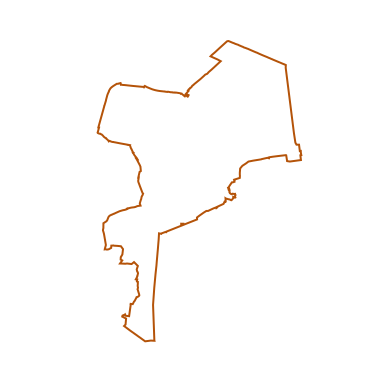 Nijkerk, Gelderland, Netherlands (Albers equal-area conic projection), rotated 99°
{"feature_id": "6326949B35923239833945", "entity_name": "Nijkerk", "entity_type": "district", "adm_level": 2, "iso_a3": "NLD", "parent_name": "Netherlands", "parent_adm1": "Gelderland", "projection": "albers", "projection_center": [5.5, 52.215], "detail": "fine", "context": "isolated", "style": "outline", "palette": "amber", "viewbox_px": 384, "rotation_deg": 99, "n_neighbors": 0, "source": "geoboundaries", "source_scale": "gbopen_adm2", "svg_char_len": 5709}
<svg xmlns="http://www.w3.org/2000/svg" viewBox="0 0 384 384"><g transform="rotate(99 192 192)"><path d="M51.9,119.2L50.1,126.6L49.5,129.0L48.5,133.1L48.3,133.7L48.2,134.4L47.8,135.7L47.5,137.1L47.0,138.9L46.0,143.2L45.8,143.9L45.7,144.4L45.4,145.5L45.0,147.1L44.2,149.8L44.1,150.5L43.1,154.5L42.2,157.9L41.8,159.4L41.7,160.2L41.4,161.4L41.1,163.4L40.7,164.4L40.4,165.9L40.0,167.3L39.9,168.0L39.4,169.4L38.9,172.5L38.7,173.0L38.5,173.8L38.2,175.4L37.3,179.0L37.2,179.8L37.6,180.8L37.7,181.0L45.9,187.6L50.6,191.3L53.5,193.8L55.1,194.9L56.2,190.9L57.1,187.5L58.3,184.1L67.9,191.7L71.0,194.3L72.8,195.4L74.0,197.3L75.5,198.4L79.2,201.4L83.8,205.5L85.0,206.6L86.4,207.6L86.5,207.9L86.7,208.1L87.5,208.6L88.0,208.7L89.8,210.0L89.7,210.2L90.3,210.6L91.2,211.3L91.3,211.2L92.5,211.9L92.8,211.3L96.1,213.4L96.3,212.4L96.9,210.5L97.8,210.8L98.4,211.1L98.2,211.5L98.3,211.6L97.3,213.3L98.6,214.0L98.2,214.6L98.3,214.7L97.6,215.8L96.6,217.6L96.5,218.2L96.7,218.4L96.6,218.5L96.4,218.4L96.3,220.0L96.3,221.4L96.3,223.1L96.4,224.3L96.5,224.3L96.6,225.3L96.7,226.2L96.7,226.7L96.6,226.8L96.8,228.7L96.7,231.5L97.0,231.9L97.1,234.4L97.0,234.5L97.0,234.9L97.1,235.5L97.3,239.7L97.3,241.7L97.2,243.8L97.1,244.9L96.8,247.2L96.2,249.9L95.6,252.3L95.6,252.5L94.6,255.2L95.1,255.6L95.6,255.5L96.1,255.8L95.8,256.2L96.5,267.0L96.9,275.1L97.1,277.2L97.1,278.5L97.2,279.0L96.2,279.3L95.6,279.6L96.3,281.3L96.4,281.5L96.5,281.5L96.8,282.5L96.9,283.2L99.6,286.3L100.8,287.5L101.6,288.2L102.5,288.8L103.9,289.4L105.5,289.9L105.8,289.8L107.7,290.4L109.6,290.8L114.4,291.3L115.2,291.3L120.3,292.0L120.8,292.2L121.1,292.1L142.9,294.6L142.9,293.9L148.2,294.5L148.5,294.2L148.7,293.5L148.9,292.7L148.9,292.3L148.8,291.7L149.1,291.3L149.2,290.8L149.2,290.6L149.4,290.0L149.7,289.7L149.9,289.3L150.5,288.5L151.1,287.9L151.4,287.4L152.0,286.3L152.3,285.7L152.3,285.2L152.9,284.8L153.2,284.2L154.2,282.8L154.5,282.5L155.0,282.1L154.8,281.9L154.4,281.7L154.4,281.3L154.8,280.0L155.0,278.7L155.0,278.0L154.9,277.4L155.0,276.9L155.0,276.5L155.0,276.1L155.0,275.8L155.2,270.7L155.4,261.4L155.5,261.5L155.5,260.7L156.4,260.1L157.6,259.6L159.2,258.5L159.2,258.4L161.8,256.7L162.0,256.7L162.1,256.8L162.4,256.6L162.1,256.3L162.3,256.0L162.5,256.2L164.4,254.9L166.8,252.3L167.2,252.8L168.0,252.1L168.1,251.8L167.8,251.4L168.8,250.5L169.3,251.0L173.6,247.8L175.0,246.9L179.3,245.8L179.8,246.3L180.3,246.9L186.1,247.3L186.0,246.9L189.5,246.9L190.6,246.5L193.2,245.0L193.6,244.8L193.8,244.7L195.7,243.6L199.7,241.3L201.0,240.5L201.1,240.3L201.2,240.1L201.6,240.2L202.3,240.2L202.6,240.3L204.5,241.0L207.1,241.1L207.8,241.3L211.4,241.8L211.7,241.7L213.5,240.7L214.2,243.0L214.5,243.8L215.7,245.7L215.8,246.1L216.1,246.7L216.8,249.2L217.2,250.3L218.2,252.6L218.1,252.8L218.6,253.6L219.0,253.4L219.7,254.6L220.2,255.7L220.9,257.6L222.3,260.5L224.7,264.2L224.9,264.5L225.6,265.4L225.7,265.8L227.0,267.7L227.1,268.1L227.5,268.5L227.8,269.0L228.2,269.5L228.7,269.9L229.2,270.3L229.7,270.5L230.3,270.7L233.1,271.3L233.7,271.6L234.4,272.0L234.6,272.3L235.9,273.7L236.7,274.6L240.8,274.0L241.4,273.9L243.5,274.0L243.9,273.9L246.2,272.8L247.4,272.3L252.4,270.6L252.8,270.4L253.3,270.3L257.7,268.8L258.3,268.8L261.8,269.2L262.3,269.2L262.0,268.4L262.2,267.7L262.1,266.7L261.7,265.5L261.4,265.0L260.4,263.8L259.9,263.1L257.6,263.3L257.1,261.1L257.2,260.9L257.2,260.6L257.2,260.4L256.9,257.3L256.7,253.7L259.2,251.2L264.6,251.0L267.4,252.1L268.1,252.1L269.9,251.9L270.5,250.2L273.9,251.9L273.6,249.6L273.3,246.7L272.8,245.0L272.6,240.4L272.4,240.2L270.3,238.3L273.5,233.9L277.1,234.5L279.1,233.7L279.2,233.4L280.6,232.6L283.7,232.8L283.8,233.0L284.7,233.0L287.0,233.8L287.0,233.6L286.7,233.1L286.7,232.8L286.8,232.4L287.1,232.4L288.5,232.6L288.8,232.5L289.0,232.4L289.2,231.4L290.7,231.2L291.7,231.1L293.0,231.0L293.8,230.8L294.8,230.4L295.8,230.4L296.5,230.6L297.0,230.3L298.9,229.4L301.1,228.3L302.2,227.9L302.5,227.9L303.3,228.4L304.1,229.3L304.5,230.3L304.9,230.4L305.0,230.3L306.5,230.9L307.7,231.3L308.4,231.5L309.0,231.9L309.2,232.1L312.0,233.0L312.1,235.1L312.4,235.1L312.4,234.9L312.9,234.9L324.5,234.7L324.6,238.3L323.4,239.0L323.8,239.3L324.5,240.7L324.9,241.1L325.0,241.3L326.0,241.4L327.3,237.3L333.3,236.9L335.0,238.1L338.5,231.5L346.8,214.9L345.9,211.8L345.2,209.5L344.8,205.8L344.3,206.0L309.6,212.8L292.4,214.3L278.6,215.2L270.4,215.6L266.5,215.9L253.5,216.8L244.1,217.5L238.0,218.1L238.1,215.8L237.7,215.7L235.8,212.3L235.7,211.2L235.2,211.2L226.9,197.2L226.9,197.4L225.0,197.7L224.7,195.5L225.8,195.4L218.3,182.7L216.4,183.1L214.2,181.0L210.6,177.3L208.5,174.9L208.4,174.6L208.2,173.2L204.8,168.2L203.5,165.9L204.1,165.5L203.4,164.8L202.9,165.1L198.8,159.0L196.4,158.3L196.6,157.4L196.2,157.2L193.0,157.9L193.1,157.7L193.3,156.0L193.4,155.5L193.5,153.5L193.9,152.4L194.0,151.9L193.9,151.7L192.8,151.0L191.9,150.4L191.5,150.4L190.4,150.5L190.9,148.7L190.6,148.3L189.3,149.0L188.3,148.6L188.2,148.8L187.1,149.2L187.4,150.2L187.3,151.3L187.4,151.8L187.9,152.2L188.0,152.3L187.8,153.3L187.2,154.4L186.6,154.8L186.4,154.8L186.1,155.1L185.8,155.1L185.2,155.0L184.5,155.1L183.7,155.4L183.3,155.6L183.9,156.2L182.2,157.0L182.1,156.7L180.0,155.9L176.2,154.1L176.1,153.4L176.0,153.0L175.5,152.1L175.3,151.7L174.6,152.0L174.4,151.7L173.8,151.7L173.2,152.2L170.6,147.0L169.6,147.1L168.5,147.2L167.4,147.5L165.4,147.8L161.2,148.1L158.8,146.7L158.2,146.3L155.3,143.1L153.1,141.0L151.5,136.6L150.9,134.8L148.9,128.7L148.7,128.5L146.5,123.0L146.4,122.3L146.6,121.9L146.6,121.3L145.8,121.5L145.6,121.1L144.6,118.0L143.2,113.2L140.9,105.0L141.0,104.7L146.6,102.9L146.6,100.1L143.4,89.4L138.8,90.7L138.5,89.8L136.3,90.6L134.4,91.0L134.7,91.9L128.5,93.7L128.9,96.2L127.1,97.6L118.0,100.5L54.6,118.9L51.9,119.2Z" fill="none" stroke="#b45309" stroke-width="2"/></g></svg>